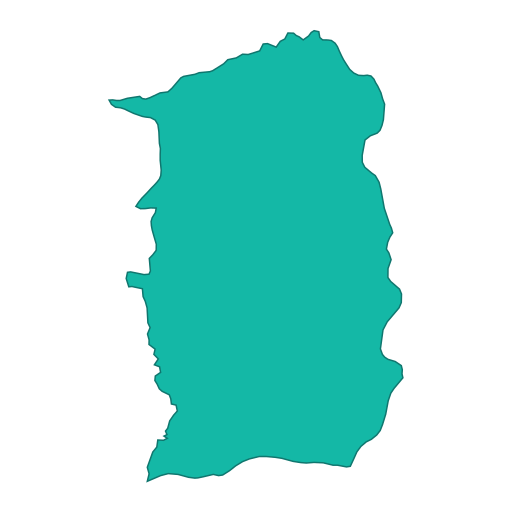 Gouvelândia, Goiás, Brazil (Natural Earth projection)
{"feature_id": "56859067B54351954418450", "entity_name": "Gouvelândia", "entity_type": "district", "adm_level": 2, "iso_a3": "BRA", "parent_name": "Brazil", "parent_adm1": "Goiás", "projection": "natural_earth1", "projection_center": [-50.175, -18.504], "detail": "fine", "context": "isolated", "style": "filled", "palette": "teal", "viewbox_px": 512, "rotation_deg": 0, "n_neighbors": 0, "source": "geoboundaries", "source_scale": "gbopen_adm2", "svg_char_len": 2835}
<svg xmlns="http://www.w3.org/2000/svg" viewBox="0 0 512 512"><path d="M402.9,377.8L402.0,373.9L402.3,369.7L401.3,365.6L395.2,361.5L387.9,359.3L384.6,357.1L382.4,354.4L380.4,348.9L383.0,329.9L387.2,321.8L399.0,307.9L401.3,302.6L401.5,294.0L399.5,289.1L390.7,281.5L387.9,277.5L388.0,268.5L391.1,259.7L388.9,253.0L386.4,249.1L387.7,242.2L389.9,237.1L392.7,232.8L391.4,228.1L389.7,224.4L384.3,208.3L380.8,189.1L379.1,182.3L375.3,175.6L371.6,173.0L364.8,167.3L362.3,162.3L362.2,155.4L365.0,140.0L370.3,135.8L377.2,133.1L380.0,130.3L382.0,125.4L383.4,119.7L384.6,104.2L382.7,99.1L380.9,92.7L377.6,85.9L375.6,82.7L373.9,79.1L371.0,76.0L367.3,75.2L363.7,75.6L358.5,75.3L353.7,73.0L349.7,69.4L346.2,64.0L343.5,59.7L341.6,56.0L339.4,51.3L337.4,46.6L335.1,43.2L331.4,40.5L327.8,40.0L322.6,39.9L319.8,37.5L318.8,31.7L314.1,30.7L311.2,32.5L308.6,36.0L303.2,39.9L299.1,36.8L296.2,35.5L293.6,33.2L287.9,33.0L284.8,39.0L280.3,41.3L276.2,47.1L267.5,43.6L263.2,44.0L259.7,50.9L248.2,54.5L242.6,54.2L236.3,57.9L227.8,59.7L223.7,63.8L212.7,70.7L209.8,71.7L199.2,72.7L194.9,74.3L183.6,76.4L180.8,77.9L172.0,88.2L167.9,91.9L160.1,92.9L150.1,97.6L145.8,99.1L142.4,98.6L139.7,96.4L133.1,97.4L127.3,98.3L120.0,100.5L116.6,100.5L112.7,99.9L109.1,100.1L111.5,104.4L115.5,107.2L120.7,107.8L124.7,109.1L127.5,110.5L133.7,113.4L142.3,116.4L145.4,117.0L150.5,117.6L155.2,120.1L157.9,124.6L158.9,131.9L159.4,143.4L160.4,148.5L160.2,154.2L160.2,160.3L161.2,170.1L160.8,175.6L159.4,179.1L157.0,182.2L153.9,185.6L151.4,188.1L147.1,192.8L142.1,197.9L138.7,202.1L135.9,206.4L140.5,208.7L145.3,208.6L150.6,207.9L156.2,208.1L155.4,212.6L152.2,217.7L151.1,221.5L151.4,225.6L152.2,229.9L153.9,236.0L156.3,244.2L156.2,250.3L152.8,254.8L149.3,258.4L150.4,271.0L149.0,274.2L144.0,274.6L138.1,273.4L130.6,271.9L127.5,272.3L126.2,278.5L128.8,286.8L132.0,286.5L135.6,287.3L142.4,288.7L143.1,296.6L145.3,301.4L147.1,307.9L147.9,322.8L150.1,327.6L147.5,334.0L149.1,339.9L149.0,344.5L155.1,349.1L153.9,354.4L158.3,358.9L154.4,364.8L159.6,366.8L160.6,372.4L155.3,376.0L154.9,380.5L157.2,384.2L159.3,388.8L162.1,391.3L169.3,394.8L170.8,398.9L171.4,404.0L176.1,405.1L177.3,411.0L173.6,415.2L169.7,420.9L167.7,428.3L165.5,431.1L167.0,434.6L164.0,436.1L167.3,438.3L163.5,440.3L157.8,440.0L156.8,447.1L152.8,452.0L147.3,467.3L149.1,473.8L147.3,481.3L160.6,475.6L168.2,473.6L178.0,474.4L188.6,477.3L194.8,478.1L197.8,477.9L203.1,476.8L213.3,474.4L218.6,475.6L222.7,475.0L229.5,470.7L235.7,465.8L242.6,461.6L249.4,458.9L259.2,456.5L266.3,456.5L275.3,457.3L281.8,458.3L293.2,461.4L301.0,462.6L306.3,463.0L314.0,462.4L323.2,462.8L333.1,465.2L337.5,465.2L346.5,466.9L350.3,466.3L354.0,458.3L356.9,451.8L360.9,446.4L366.2,441.9L371.4,439.3L376.7,435.0L380.2,430.5L382.5,424.6L385.7,414.2L388.2,400.8L390.8,393.2L394.1,388.3L402.9,377.8Z" fill="#14b8a6" stroke="#0f766e" stroke-width="1.5"/></svg>